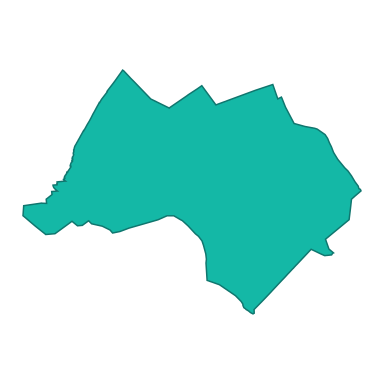 Monclova, Coahuila, Mexico (Natural Earth projection)
{"feature_id": "50627088B80535249713171", "entity_name": "Monclova", "entity_type": "district", "adm_level": 2, "iso_a3": "MEX", "parent_name": "Mexico", "parent_adm1": "Coahuila", "projection": "natural_earth1", "projection_center": [-101.35, 26.881], "detail": "fine", "context": "isolated", "style": "filled", "palette": "teal", "viewbox_px": 384, "rotation_deg": 0, "n_neighbors": 0, "source": "geoboundaries", "source_scale": "gbopen_adm2", "svg_char_len": 3911}
<svg xmlns="http://www.w3.org/2000/svg" viewBox="0 0 384 384"><path d="M253.0,313.9L254.2,313.2L254.1,310.2L254.0,309.6L263.0,300.4L269.5,293.6L273.4,289.4L277.4,285.1L282.3,279.9L283.0,279.2L285.0,277.1L287.9,273.9L288.8,273.0L290.2,271.5L292.7,268.8L293.3,268.3L294.4,267.0L295.0,266.4L295.8,265.5L296.5,264.8L297.9,263.4L298.0,263.2L298.9,262.3L301.8,259.2L307.0,253.7L311.1,249.3L313.9,250.6L321.2,254.1L321.9,254.4L322.6,254.7L323.9,255.3L324.5,255.6L325.3,255.6L326.7,255.4L327.1,255.4L331.6,254.9L332.6,253.3L333.5,252.9L328.9,249.0L325.5,239.2L349.1,219.7L350.4,209.0L351.5,199.2L354.6,196.4L361.0,190.9L360.4,189.4L358.9,188.6L358.2,186.1L355.0,181.8L351.5,175.9L347.9,170.9L344.8,167.9L337.8,159.4L333.7,152.7L333.3,151.8L331.4,146.8L329.4,142.8L327.6,138.4L325.1,134.6L317.2,129.1L314.8,128.3L305.0,126.5L294.1,123.5L287.1,110.2L285.5,107.2L285.3,106.7L282.0,98.4L281.4,97.1L277.8,98.9L272.8,84.5L255.4,90.3L215.9,104.9L207.6,93.6L201.8,85.7L197.2,88.9L188.2,94.8L186.9,95.8L170.0,107.4L169.3,108.1L168.3,107.6L150.8,99.0L134.3,81.9L130.9,78.5L123.7,70.8L122.6,70.1L121.8,71.3L117.1,77.9L116.5,78.8L113.2,83.3L110.1,87.3L108.1,89.9L107.0,91.4L107.3,91.8L101.4,99.5L99.6,102.7L99.3,102.5L98.5,104.1L97.4,106.0L96.1,108.4L94.5,111.4L93.7,112.8L93.1,113.8L92.6,114.8L91.3,117.4L89.5,120.8L87.2,124.6L84.8,129.0L84.2,130.0L83.7,130.9L83.5,130.7L81.2,134.9L81.1,135.0L80.3,136.5L79.4,138.2L78.3,140.0L78.1,140.5L77.5,141.6L76.9,142.5L76.2,143.9L75.1,145.7L74.7,146.5L74.6,147.0L74.4,147.5L74.2,148.4L74.2,148.5L74.0,149.2L73.9,149.4L74.0,149.4L74.0,149.5L74.0,149.8L73.9,150.1L73.8,150.3L73.7,150.5L73.7,150.8L73.7,151.0L73.7,151.3L73.8,151.4L73.8,151.5L73.8,151.8L73.7,152.0L73.6,152.3L73.5,152.6L73.4,152.6L73.4,152.8L73.4,153.0L73.4,153.3L73.3,153.5L73.2,153.8L73.3,154.1L73.5,154.4L73.7,154.6L73.6,155.0L73.4,155.4L73.3,155.8L73.2,156.1L72.9,156.5L72.5,157.2L72.4,157.2L72.3,157.5L72.7,158.0L72.5,158.3L72.1,158.8L72.7,159.3L72.3,159.9L71.9,160.4L72.4,160.8L72.3,161.1L72.5,161.2L72.3,161.5L72.1,161.8L71.8,161.7L71.6,162.0L71.3,162.6L71.1,162.9L71.0,163.2L70.7,163.9L70.5,164.6L70.2,165.4L70.8,165.9L70.6,166.2L70.4,166.5L70.9,166.9L70.6,167.4L70.4,167.7L70.2,167.9L70.2,168.0L69.8,168.6L69.6,168.9L69.4,169.2L69.2,169.5L69.0,169.8L68.8,170.0L68.6,170.3L68.4,170.6L68.2,170.9L67.9,171.4L67.8,171.5L67.6,172.2L67.4,172.2L67.1,172.7L66.8,172.5L66.8,172.8L66.7,172.9L66.7,173.0L66.6,173.3L66.5,173.5L66.4,173.7L66.4,173.8L66.3,174.0L66.2,174.1L66.2,174.3L66.0,174.5L65.9,174.6L65.8,174.8L65.7,174.9L65.7,175.0L65.4,175.2L65.4,175.3L65.3,175.5L65.2,175.5L65.1,175.8L65.0,176.0L64.9,176.0L64.8,176.3L64.7,176.4L64.7,176.5L64.5,176.8L64.4,177.0L64.4,177.3L64.4,177.5L64.5,177.6L64.5,177.8L64.5,178.0L64.3,178.3L64.2,178.3L64.2,178.5L64.3,178.5L64.4,178.4L64.4,178.5L64.5,178.5L64.4,178.6L64.3,178.8L64.2,178.8L64.1,179.0L64.2,179.3L64.0,179.2L63.9,179.2L63.8,179.3L63.7,179.3L63.4,179.4L63.4,179.5L63.8,179.8L65.5,181.1L64.2,181.2L62.1,181.4L60.1,181.6L58.7,181.7L57.5,181.9L57.1,181.9L57.2,183.6L56.9,183.6L57.0,184.8L53.0,185.1L53.0,185.4L53.1,185.8L53.2,186.1L53.3,186.5L53.5,187.0L53.8,187.6L54.1,188.0L54.7,188.7L55.8,189.7L56.8,190.6L57.3,191.0L57.2,191.0L55.8,191.2L51.7,191.5L52.0,194.6L46.2,199.2L46.5,202.5L46.6,203.4L41.5,203.2L41.4,203.1L41.1,203.2L40.9,203.2L23.7,205.7L23.0,215.7L24.2,216.7L35.0,225.9L45.4,234.2L45.7,234.5L55.0,233.7L72.0,221.3L77.5,225.8L82.0,225.4L82.3,225.4L87.9,221.3L88.6,220.8L91.6,223.8L102.3,226.2L110.0,230.0L112.6,233.0L114.7,232.6L120.0,231.5L129.0,228.1L139.5,225.1L156.2,220.3L158.2,219.7L167.0,215.8L173.8,215.8L174.0,215.9L180.7,219.8L182.3,220.6L188.2,226.0L195.4,233.8L198.5,236.3L202.0,240.9L203.6,245.7L205.6,253.2L205.8,254.0L206.4,259.2L206.0,263.0L207.1,280.4L219.4,284.7L235.5,295.7L241.1,301.4L242.8,304.0L243.0,305.6L243.9,307.7L245.5,308.8L246.1,309.5L248.5,310.9L250.5,312.6L253.0,313.9Z" fill="#14b8a6" stroke="#0f766e" stroke-width="1.5"/></svg>